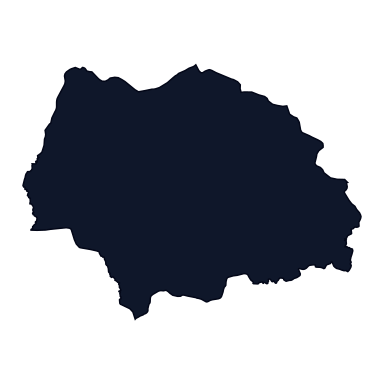 outline of Saravane, Saravan, Laos
{"feature_id": "54806243B98474683656009", "entity_name": "Saravane", "entity_type": "district", "adm_level": 2, "iso_a3": "LAO", "parent_name": "Laos", "parent_adm1": "Saravan", "projection": "orthographic", "projection_center": [106.381, 15.692], "detail": "fine", "context": "isolated", "style": "filled", "palette": "ink", "viewbox_px": 384, "rotation_deg": 0, "n_neighbors": 0, "source": "geoboundaries", "source_scale": "gbopen_adm2", "svg_char_len": 5881}
<svg xmlns="http://www.w3.org/2000/svg" viewBox="0 0 384 384"><path d="M296.8,118.0L293.5,116.8L289.6,114.2L286.8,105.9L282.8,106.4L277.5,105.5L272.6,104.3L268.3,101.0L267.1,98.4L264.6,96.5L258.8,94.9L251.8,92.1L244.1,92.0L241.1,92.4L240.1,88.6L240.3,84.8L237.6,81.8L233.5,79.6L231.5,79.1L216.1,72.7L211.7,70.4L209.7,69.7L208.4,69.9L205.2,71.1L202.6,72.8L200.9,72.7L199.4,71.3L198.7,70.4L195.8,64.8L194.4,66.0L193.2,66.7L189.1,68.2L185.1,70.6L178.7,73.4L176.8,75.1L175.4,75.8L173.1,77.7L167.4,82.7L159.4,87.6L155.4,88.9L153.6,89.2L152.0,89.2L145.2,90.6L138.5,91.8L135.1,89.8L124.9,81.5L121.7,79.5L118.3,77.7L114.8,77.3L110.1,78.1L108.2,79.8L105.9,81.0L104.9,81.3L102.1,81.2L99.6,79.7L98.4,78.7L91.9,71.9L89.1,71.6L86.8,71.0L85.4,68.9L84.6,68.1L83.0,67.5L82.4,67.5L81.4,68.6L80.5,69.2L79.8,69.3L75.3,67.5L71.4,68.8L69.9,69.5L66.5,71.9L65.0,73.9L64.5,76.0L65.3,81.0L64.9,83.7L64.1,85.5L58.1,96.7L57.2,98.6L56.8,100.2L56.6,102.0L56.6,106.6L56.5,108.0L56.1,109.3L55.6,110.6L54.9,111.8L51.9,118.0L50.9,122.8L50.5,123.4L49.5,124.1L45.1,130.3L45.7,134.5L45.4,136.7L44.5,139.1L44.1,145.2L42.0,152.0L40.0,154.1L39.5,154.2L38.9,154.8L37.6,155.6L37.8,157.3L38.6,157.5L37.4,158.5L37.9,158.9L37.1,160.0L37.2,161.9L36.9,162.0L36.2,161.2L35.9,161.3L35.7,161.6L35.9,162.5L36.3,163.0L36.2,163.6L35.6,163.9L34.8,163.9L32.1,163.8L32.3,164.8L32.0,165.7L32.2,167.6L32.1,168.9L31.4,170.2L29.8,171.6L27.7,171.6L27.4,171.8L27.2,172.4L26.2,173.7L25.6,175.2L25.1,177.7L24.5,179.4L23.5,183.4L23.0,185.5L23.1,186.0L23.6,186.5L23.7,187.0L24.4,187.0L25.0,187.5L24.9,189.1L25.1,189.4L26.8,189.6L26.7,190.6L26.8,191.1L27.3,191.4L28.1,191.6L28.6,192.6L28.4,193.2L27.8,193.9L27.5,195.6L28.6,196.5L28.7,197.5L29.2,197.7L29.5,198.1L30.3,198.3L30.1,199.5L30.3,201.4L29.9,203.3L30.0,203.9L31.5,204.0L33.1,206.3L33.4,207.1L33.5,208.3L32.9,209.1L32.9,210.5L33.7,212.4L33.3,212.7L32.7,212.9L32.6,213.3L33.2,214.6L34.0,214.8L34.4,215.8L36.5,217.0L37.1,218.7L36.4,221.4L35.7,221.7L35.4,222.1L35.5,222.6L36.0,222.8L35.7,224.0L34.7,224.4L33.6,225.5L33.5,226.2L32.7,226.5L32.6,227.9L32.8,228.8L32.5,229.0L32.1,228.8L31.2,229.3L31.0,229.6L31.0,230.1L37.0,230.3L45.6,230.0L50.3,229.3L66.2,227.7L69.7,228.2L71.2,229.3L74.4,239.7L76.3,244.0L79.4,247.4L80.8,247.8L90.7,249.5L96.4,250.8L99.1,251.7L99.5,253.5L101.1,256.2L102.1,256.2L102.8,257.1L103.9,257.1L104.2,257.4L104.6,259.6L105.3,260.7L105.7,262.0L105.9,264.3L106.7,265.4L107.7,266.1L107.9,267.2L108.3,268.4L108.6,271.9L109.1,272.6L110.0,273.3L109.8,274.1L110.4,275.6L110.3,276.4L111.6,277.4L112.0,277.3L112.6,276.8L113.2,276.9L115.1,279.2L115.0,280.3L116.3,280.9L117.8,282.3L119.2,282.6L119.5,282.9L119.4,283.3L118.7,283.8L118.7,284.2L119.4,285.4L119.4,287.4L120.4,288.8L120.8,290.3L120.7,290.6L119.2,291.0L118.9,291.3L119.1,291.7L120.3,292.3L119.8,293.7L120.2,294.8L120.2,296.3L120.7,296.7L120.9,297.2L120.8,298.9L119.7,299.3L119.5,299.7L119.8,303.2L120.4,304.2L129.7,308.6L130.6,309.5L132.9,312.0L135.2,319.2L136.0,318.3L138.5,317.0L140.1,316.0L143.2,314.8L144.4,313.9L145.5,313.6L146.5,312.9L147.4,311.9L147.9,310.8L147.9,308.4L148.9,304.3L149.9,302.9L150.1,302.0L150.3,298.4L150.6,296.8L151.3,295.7L153.0,294.3L158.3,291.2L159.9,290.7L161.0,290.6L163.5,290.8L165.7,290.3L166.7,290.6L168.2,291.6L170.0,293.3L172.7,295.2L177.4,296.3L179.3,296.3L180.6,296.2L182.1,295.2L182.9,295.0L184.4,295.2L187.5,296.0L195.8,297.6L196.9,298.1L198.7,298.4L201.4,299.2L206.1,301.8L206.9,301.9L208.1,301.5L210.3,300.3L212.5,299.7L218.2,298.8L219.9,298.2L220.8,297.5L221.6,296.2L223.0,292.0L223.5,289.4L223.9,288.5L224.0,287.5L225.0,286.5L225.8,285.3L226.0,281.8L226.7,278.8L227.4,277.8L228.1,277.3L233.3,275.8L237.3,275.3L243.9,273.6L245.4,273.7L246.7,274.0L247.9,274.9L248.8,276.8L250.8,280.0L253.1,281.9L253.3,282.5L253.0,283.3L253.2,283.5L253.6,283.7L257.9,283.9L258.6,283.5L258.9,282.8L259.3,282.5L262.2,282.0L262.6,282.2L262.8,283.0L263.1,283.3L263.3,283.3L263.5,282.4L263.8,282.3L264.8,282.6L266.5,283.6L267.1,283.7L267.9,283.1L267.9,282.1L268.5,281.1L268.3,279.8L268.4,279.4L269.2,279.0L270.0,279.2L270.7,279.7L271.5,281.1L272.1,281.6L272.9,281.7L273.7,280.9L274.0,281.0L275.1,282.8L275.6,283.2L276.1,283.2L276.6,282.7L276.9,281.4L278.2,280.3L279.3,278.5L280.6,277.9L283.5,278.4L283.8,279.8L285.8,281.1L286.3,281.2L289.2,280.4L291.0,280.3L292.4,279.7L294.0,278.5L296.7,277.6L298.2,276.7L299.8,275.6L300.2,274.9L300.3,273.8L298.5,269.5L298.6,268.8L299.3,268.5L302.3,269.3L303.9,269.3L305.1,268.9L306.4,268.1L308.5,265.9L309.6,265.3L313.5,264.8L315.3,265.1L315.5,266.8L316.3,267.1L320.3,267.3L322.2,267.8L323.8,268.6L324.7,268.3L326.5,264.9L330.4,263.5L331.2,262.0L331.7,261.7L332.6,263.2L333.8,266.1L334.9,267.2L336.5,268.4L340.0,269.3L341.6,270.0L344.0,270.7L346.4,270.6L346.9,271.2L347.8,271.6L349.2,270.2L350.8,267.3L351.2,265.7L351.0,264.8L350.2,264.0L350.4,263.4L351.0,262.8L351.1,262.1L350.3,260.2L351.0,256.9L351.8,254.6L352.8,250.8L352.4,249.1L351.8,249.1L351.3,248.7L350.5,248.7L349.5,247.7L349.0,247.9L348.7,247.6L347.8,247.6L347.5,247.1L347.0,247.3L346.7,246.7L345.1,246.7L345.4,245.2L346.1,244.8L345.9,244.3L346.3,243.8L346.4,243.2L346.2,242.5L346.3,241.9L346.0,241.2L346.2,240.1L345.7,240.3L344.9,240.3L345.3,239.6L344.9,239.0L345.7,238.9L345.9,238.5L346.4,238.3L347.5,236.0L348.0,235.5L351.4,233.8L351.6,233.4L351.1,229.2L352.9,228.8L354.8,227.1L357.0,227.2L358.3,226.8L358.9,226.4L359.0,225.7L358.8,222.6L359.1,221.7L360.1,219.8L360.6,218.5L361.0,216.7L360.6,215.1L359.5,212.8L356.6,209.4L354.9,206.3L351.7,203.8L349.0,200.3L344.6,193.1L344.3,192.3L344.7,191.0L346.1,189.8L347.0,188.2L347.2,186.6L346.6,183.6L346.7,182.5L347.5,182.4L344.7,179.5L337.1,179.3L330.5,177.9L324.0,172.8L322.6,169.7L320.4,167.5L316.3,165.7L314.8,163.3L316.4,156.9L316.9,153.8L318.8,150.7L323.1,147.3L323.1,145.3L322.8,143.4L320.8,141.5L317.9,139.9L311.9,137.1L309.3,135.7L302.0,132.5L300.6,130.1L299.2,122.2L298.1,120.1L296.8,118.0Z" fill="#0f172a" stroke="#020617" stroke-width="1.5"/></svg>